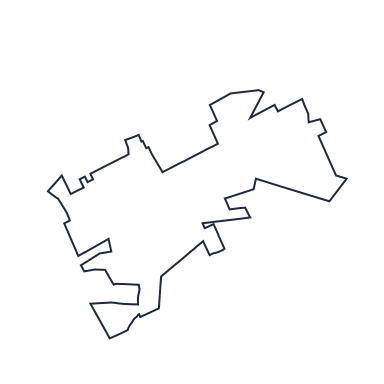 Telchac Pueblo, Yucatán, Mexico, rotated 58°
{"feature_id": "50627088B2648172559689", "entity_name": "Telchac Pueblo", "entity_type": "district", "adm_level": 2, "iso_a3": "MEX", "parent_name": "Mexico", "parent_adm1": "Yucatán", "projection": "natural_earth1", "projection_center": [-89.256, 21.219], "detail": "fine", "context": "isolated", "style": "outline", "palette": "slate", "viewbox_px": 384, "rotation_deg": 58, "n_neighbors": 0, "source": "geoboundaries", "source_scale": "gbopen_adm2", "svg_char_len": 3182}
<svg xmlns="http://www.w3.org/2000/svg" viewBox="0 0 384 384"><g transform="rotate(58 192 192)"><path d="M212.3,46.5L208.6,46.0L206.2,45.7L203.7,45.4L198.7,44.7L198.2,44.7L196.5,50.2L196.0,51.9L194.7,56.1L187.0,51.9L178.2,50.7L171.5,49.3L171.4,50.4L169.9,66.3L169.2,76.4L161.9,75.8L161.7,78.7L161.5,81.8L161.3,83.7L161.2,85.6L161.1,87.6L160.9,89.5L160.8,91.5L160.5,95.2L160.4,97.2L160.3,99.1L160.1,101.0L160.0,103.0L160.0,103.4L146.6,80.5L145.4,78.4L142.3,80.5L140.9,81.6L139.9,83.8L136.7,90.5L136.2,91.6L132.7,98.9L129.7,105.3L128.9,107.0L127.7,130.8L134.2,131.6L138.9,132.3L145.0,133.1L144.6,141.6L151.0,142.5L164.4,144.4L164.5,144.4L164.8,144.5L164.7,145.9L164.3,150.6L164.0,153.4L163.6,156.4L163.2,162.8L161.7,182.4L161.4,184.7L161.2,186.2L160.7,192.2L159.6,206.0L159.6,206.5L157.5,206.4L145.9,206.2L142.8,206.1L138.6,206.0L130.9,205.1L130.6,207.6L122.6,206.7L122.4,208.1L115.3,207.0L114.5,211.8L114.0,214.3L113.0,219.0L112.5,221.1L118.1,222.3L119.6,222.6L121.1,223.0L121.4,223.2L121.8,223.3L123.8,224.4L126.4,225.8L126.2,229.8L126.2,230.3L125.8,232.6L125.4,237.7L125.1,241.1L125.0,241.6L124.5,247.4L124.4,248.9L124.2,250.5L122.7,268.5L128.8,269.2L128.3,275.3L122.2,274.7L121.7,280.5L130.9,281.5L130.5,285.0L130.2,287.9L129.6,294.4L129.4,295.9L109.0,293.7L111.3,301.2L112.2,304.0L113.5,308.9L115.0,313.8L120.0,312.0L125.6,309.8L126.1,309.3L126.8,309.1L127.1,309.1L129.5,309.1L134.2,309.1L135.2,309.1L138.1,309.1L143.4,309.3L143.9,309.3L144.4,309.4L151.5,310.7L151.1,314.7L150.9,317.0L161.5,318.6L164.5,319.1L164.8,319.1L167.7,319.6L172.0,320.2L186.0,322.3L186.2,315.5L186.2,315.4L186.4,315.4L186.5,312.2L186.8,306.2L187.0,301.6L187.0,300.9L187.3,294.2L187.4,292.3L187.5,289.1L187.5,287.6L199.7,292.0L195.7,301.7L195.2,302.8L195.3,315.7L195.3,315.8L195.3,316.0L195.3,325.1L195.6,325.1L195.9,325.1L200.3,325.3L202.2,325.4L205.8,316.6L205.8,316.2L212.0,306.9L221.0,307.3L225.1,307.4L229.1,307.5L229.3,305.6L234.2,298.2L242.3,286.6L242.5,286.3L246.8,288.1L252.6,293.5L255.1,295.2L258.3,297.1L258.8,297.4L257.5,299.2L254.7,303.5L252.1,307.2L250.9,309.0L249.4,310.9L247.5,313.4L245.4,315.8L242.9,319.1L232.9,337.3L272.5,339.3L274.0,329.1L275.0,319.6L273.9,318.4L271.9,315.1L270.8,311.9L270.0,310.8L269.1,308.8L268.8,307.4L268.5,306.0L268.6,305.3L268.1,303.8L267.5,302.8L267.6,301.6L270.6,302.1L272.2,289.3L273.1,281.7L271.0,280.2L263.1,274.5L247.3,263.0L245.8,252.6L245.0,246.8L244.6,243.8L243.5,235.4L243.1,232.7L242.6,229.7L242.3,227.9L242.0,225.8L241.7,223.7L241.4,220.9L241.0,218.5L240.6,216.3L240.6,216.2L240.3,213.7L240.0,211.4L239.7,209.2L239.6,208.6L241.6,208.9L252.3,210.2L254.9,210.5L255.2,206.9L255.5,205.8L256.6,202.8L256.7,202.4L257.1,199.6L257.5,196.8L257.3,194.5L247.6,193.2L247.0,193.0L243.1,192.6L241.7,192.2L239.7,192.0L235.4,191.4L230.7,190.8L230.1,195.4L229.8,197.7L229.5,200.1L229.4,200.4L224.1,199.6L240.0,165.8L244.4,156.1L243.2,156.1L233.5,155.2L231.6,158.7L226.7,169.3L217.5,167.9L214.9,167.6L216.6,161.2L222.3,138.3L214.6,130.7L215.3,130.1L217.2,128.5L223.7,122.9L229.2,118.2L234.4,113.7L242.0,107.1L257.2,93.9L272.7,80.4L262.7,53.8L254.3,61.1L216.7,55.8L213.4,55.3L211.5,55.0L212.2,47.8L212.3,46.5Z" fill="none" stroke="#1e293b" stroke-width="2"/></g></svg>